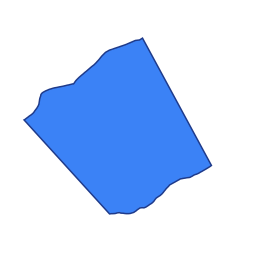 Martin, Choiseul, Saint Lucia (Robinson projection), rotated 225°
{"feature_id": "8701671B20776144053651", "entity_name": "Martin", "entity_type": "district", "adm_level": 2, "iso_a3": "LCA", "parent_name": "Saint Lucia", "parent_adm1": "Choiseul", "projection": "robinson", "projection_center": [-61.046, 13.789], "detail": "fine", "context": "isolated", "style": "filled", "palette": "blue", "viewbox_px": 256, "rotation_deg": 225, "n_neighbors": 0, "source": "geoboundaries", "source_scale": "gbopen_adm2", "svg_char_len": 2723}
<svg xmlns="http://www.w3.org/2000/svg" viewBox="0 0 256 256"><g transform="rotate(225 128 128)"><path d="M207.2,60.2L80.3,54.2L80.0,54.6L78.8,56.1L78.0,56.8L77.6,57.4L77.4,57.6L76.9,58.1L76.6,58.5L76.2,59.1L75.9,59.8L75.5,60.4L75.2,60.9L74.8,61.3L74.4,61.9L74.2,62.0L73.9,62.3L73.5,62.4L73.0,62.7L72.7,62.9L72.4,63.2L71.9,63.6L71.5,64.0L71.3,64.2L71.0,64.4L70.3,64.9L69.4,65.6L68.8,66.1L68.4,66.5L67.9,67.0L67.3,67.6L67.0,67.9L66.5,68.5L66.2,68.9L65.8,69.4L65.5,70.1L64.6,71.7L64.3,72.3L64.1,73.0L64.1,73.4L64.0,73.7L63.9,74.2L63.7,75.0L63.7,75.8L63.6,76.4L63.5,77.3L63.4,77.8L63.3,78.2L63.1,79.5L62.9,80.0L62.4,80.7L61.7,81.6L61.5,81.8L61.2,82.0L60.8,82.4L60.4,82.7L60.1,83.1L59.9,83.6L59.4,84.9L59.3,85.2L59.1,86.3L58.9,87.2L58.9,87.4L58.7,88.1L58.7,88.4L58.6,89.1L58.3,90.3L58.2,90.6L58.1,91.1L58.0,91.9L57.9,92.2L57.9,92.7L57.9,93.4L57.9,94.4L58.1,95.5L58.2,95.8L58.3,96.7L58.4,97.1L58.4,97.7L58.5,98.4L58.4,99.0L58.1,100.5L57.9,101.4L57.8,101.9L57.6,102.7L57.5,103.2L57.5,103.6L57.5,104.0L57.5,104.3L57.4,104.5L57.4,104.8L57.4,105.0L57.4,105.9L57.5,107.0L57.5,107.5L57.6,107.9L57.7,108.7L57.8,109.6L57.9,110.9L58.1,112.1L58.1,113.0L58.1,113.8L58.1,114.6L58.1,115.0L58.1,115.4L58.2,116.4L58.3,116.8L58.2,117.5L54.9,129.2L54.6,129.6L54.0,130.3L53.8,130.7L53.6,131.1L53.0,131.8L52.8,132.2L52.3,132.8L51.7,133.7L51.1,134.6L50.9,134.8L50.5,135.3L50.2,135.7L49.8,136.1L49.6,136.4L49.4,136.8L49.1,137.4L49.0,138.0L48.6,139.1L48.1,141.3L47.6,142.5L47.3,143.1L46.9,143.8L46.7,144.3L46.5,144.7L46.4,145.0L46.2,145.6L45.9,146.5L45.8,146.8L45.7,147.5L45.5,148.3L45.2,149.1L45.0,149.8L44.8,150.7L44.5,151.7L44.3,152.5L44.0,153.6L43.9,154.0L43.8,154.3L43.6,155.3L43.4,155.9L43.3,156.4L43.2,156.8L42.8,158.5L42.5,160.5L181.3,201.8L182.1,198.4L184.7,195.1L188.8,184.9L196.2,169.9L197.4,165.6L197.4,160.6L197.2,158.3L197.0,156.9L196.9,155.9L196.8,154.1L196.8,153.1L196.7,152.0L196.7,150.3L196.7,148.9L196.8,147.8L197.0,146.5L197.2,144.5L197.6,138.6L197.8,137.2L197.9,135.8L198.0,134.0L198.2,132.3L198.3,130.6L198.4,129.1L198.4,127.1L198.4,125.5L198.3,124.2L198.1,123.0L197.9,122.1L197.7,120.7L198.1,120.3L198.5,119.8L198.9,119.0L199.8,117.6L200.4,116.5L201.2,115.4L202.1,113.9L203.5,111.6L204.8,109.7L205.9,108.1L206.9,106.5L207.7,105.4L208.3,104.5L209.0,103.4L209.7,102.1L210.2,101.1L211.0,99.7L211.5,98.4L212.1,96.9L212.3,96.5L212.6,95.6L212.8,94.9L213.1,93.9L213.3,93.1L213.5,91.9L213.4,91.0L213.3,90.3L213.0,89.7L212.6,89.2L212.2,88.5L211.9,87.8L211.4,86.8L210.7,85.7L210.0,84.8L209.2,83.7L207.9,81.9L207.2,80.3L206.9,79.1L206.5,77.6L206.3,76.1L206.1,74.5L205.7,72.6L205.6,71.0L205.8,68.9L206.1,67.4L206.3,66.3L206.4,65.1L206.6,63.8L206.8,62.3L207.0,60.8L207.2,60.2Z" fill="#3b82f6" stroke="#1e3a8a" stroke-width="1.5"/></g></svg>